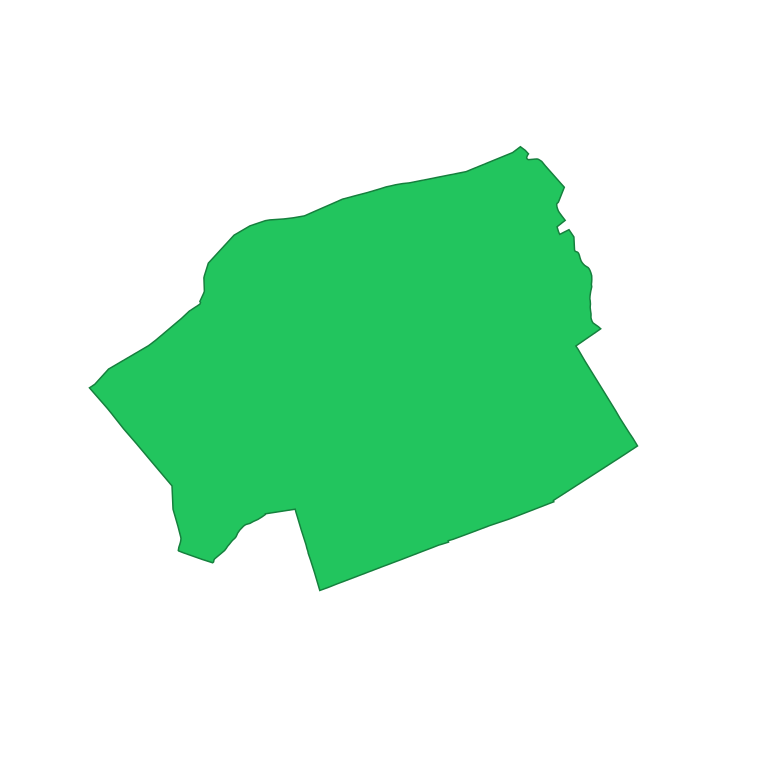 outline of Cascioarele, Calarasi, Romania, rotated 140°
{"feature_id": "2599482B95938588353719", "entity_name": "Cascioarele", "entity_type": "district", "adm_level": 2, "iso_a3": "ROU", "parent_name": "Romania", "parent_adm1": "Calarasi", "projection": "albers", "projection_center": [26.457, 44.135], "detail": "fine", "context": "isolated", "style": "filled", "palette": "green", "viewbox_px": 768, "rotation_deg": 140, "n_neighbors": 0, "source": "geoboundaries", "source_scale": "gbopen_adm2", "svg_char_len": 2799}
<svg xmlns="http://www.w3.org/2000/svg" viewBox="0 0 768 768"><g transform="rotate(140 384 384)"><path d="M329.6,184.6L329.1,185.9L325.6,185.5L249.4,175.9L229.6,173.6L228.2,182.5L227.5,189.2L225.2,206.4L223.8,214.3L220.4,237.3L215.3,272.5L213.7,281.8L213.0,285.8L212.8,287.8L212.6,289.8L197.5,288.4L187.3,287.4L182.5,287.0L182.9,289.9L183.9,293.7L184.6,296.4L184.3,298.3L183.3,300.9L182.5,302.2L181.2,303.6L180.3,304.7L178.9,307.0L176.8,310.2L174.5,312.5L172.6,315.1L171.5,317.0L169.5,319.1L166.1,322.1L162.4,324.9L161.0,327.1L159.4,328.6L157.7,330.4L155.3,333.4L154.0,336.3L153.2,338.6L152.8,340.6L152.8,342.0L153.6,344.4L154.0,345.7L154.2,347.6L154.2,349.8L153.8,351.9L152.7,354.7L151.7,356.8L151.0,358.8L150.9,359.9L151.0,360.6L151.7,361.8L152.2,362.7L152.0,364.0L150.9,365.5L144.0,374.6L143.1,383.3L153.2,385.7L152.4,388.5L150.4,393.2L143.4,393.0L140.0,392.9L139.8,397.7L139.5,402.6L139.2,404.5L138.5,406.5L137.7,408.4L136.9,409.7L136.1,410.7L135.7,411.0L135.4,411.1L134.0,411.1L133.5,411.2L119.4,418.8L119.4,419.5L119.6,424.8L119.8,433.2L120.0,440.9L120.1,444.4L120.2,447.9L120.1,452.1L120.1,453.2L121.2,456.7L122.1,458.0L124.0,459.4L125.6,460.5L129.0,462.9L129.6,463.8L129.6,465.0L129.1,465.8L128.0,466.5L126.9,467.0L125.9,467.3L125.4,467.4L125.5,469.8L125.6,472.2L127.0,478.1L136.7,478.6L176.4,491.3L184.6,493.9L235.5,521.9L240.8,525.5L247.1,529.2L251.3,531.3L255.6,533.6L261.7,536.1L274.7,541.8L282.9,545.7L297.0,552.3L309.1,555.8L325.7,560.7L337.0,564.0L346.8,569.7L354.6,574.8L366.0,583.1L369.9,585.4L385.0,591.3L403.2,594.4L440.9,589.5L452.0,582.4L453.7,581.1L462.0,570.5L463.7,569.5L472.0,565.6L472.2,564.3L473.7,563.5L486.3,565.0L497.0,564.4L530.9,564.3L539.6,564.7L585.4,572.5L605.7,569.7L612.1,570.4L612.0,564.1L611.6,543.8L611.6,542.0L611.7,536.6L612.3,516.8L612.0,497.6L612.0,473.5L611.9,442.2L626.1,423.7L633.4,407.2L638.1,397.4L638.8,396.2L640.1,394.9L641.7,393.6L644.0,392.1L646.1,390.8L648.6,388.7L648.6,388.1L646.1,383.5L636.1,366.6L630.2,357.2L629.0,357.2L627.2,358.6L626.1,358.9L625.0,358.9L621.4,358.9L615.8,358.9L613.1,358.9L610.4,359.5L608.2,360.2L605.2,360.7L602.3,361.3L600.5,361.6L597.5,361.7L596.2,361.9L594.8,362.4L592.0,363.8L588.3,364.8L583.0,365.4L581.2,365.3L579.8,365.0L576.3,363.4L572.6,362.7L567.6,361.3L562.8,360.6L558.7,360.3L558.3,360.8L532.5,345.2L533.8,342.5L535.8,337.8L541.4,324.9L542.4,322.4L546.8,311.6L547.4,310.3L548.5,308.1L548.9,307.2L549.9,304.7L550.9,303.0L553.5,296.2L554.5,293.8L558.4,284.3L565.9,267.1L563.7,266.3L557.1,263.9L554.1,262.9L548.9,261.2L528.0,253.9L504.0,245.6L487.8,239.9L485.3,239.0L458.2,229.7L452.8,227.8L445.6,225.4L442.7,224.1L436.2,221.4L435.6,222.7L434.4,222.2L430.8,220.6L418.0,216.0L413.5,214.4L394.3,207.7L374.9,200.1L367.4,197.5L334.2,186.2L329.6,184.6Z" fill="#22c55e" stroke="#15803d" stroke-width="1.5"/></g></svg>